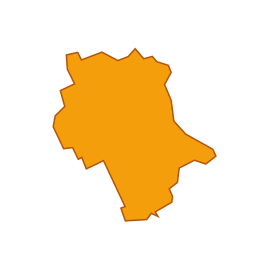 outline of Lewis, Tennessee, United States of America, rotated 64°
{"feature_id": "52423323B63074123896929", "entity_name": "Lewis", "entity_type": "district", "adm_level": 2, "iso_a3": "USA", "parent_name": "United States of America", "parent_adm1": "Tennessee", "projection": "natural_earth1", "projection_center": [-87.489, 35.529], "detail": "fine", "context": "isolated", "style": "filled", "palette": "amber", "viewbox_px": 256, "rotation_deg": 64, "n_neighbors": 0, "source": "geoboundaries", "source_scale": "gbopen_adm2", "svg_char_len": 674}
<svg xmlns="http://www.w3.org/2000/svg" viewBox="0 0 256 256"><g transform="rotate(64 128 128)"><path d="M59.9,86.8L63.9,96.7L62.9,107.6L48.4,118.2L46.4,140.0L38.0,140.1L35.3,151.3L48.4,156.7L64.9,156.7L64.7,172.4L80.9,175.4L85.1,188.0L94.1,194.7L118.4,194.9L121.3,186.4L134.3,186.4L134.2,182.4L146.5,183.4L146.6,164.3L197.4,165.1L196.9,169.5L210.3,171.1L218.5,151.3L214.9,144.4L220.7,139.8L215.3,140.3L213.9,121.2L209.2,118.0L200.7,117.6L198.6,107.5L186.4,99.5L186.1,82.4L194.5,73.8L191.8,61.3L184.3,61.1L158.9,78.8L142.0,83.8L122.1,77.1L105.0,76.1L96.9,64.8L89.4,64.3L81.1,73.0L74.3,74.8L72.7,83.5L59.9,86.8Z" fill="#f59e0b" stroke="#b45309" stroke-width="1.5"/></g></svg>